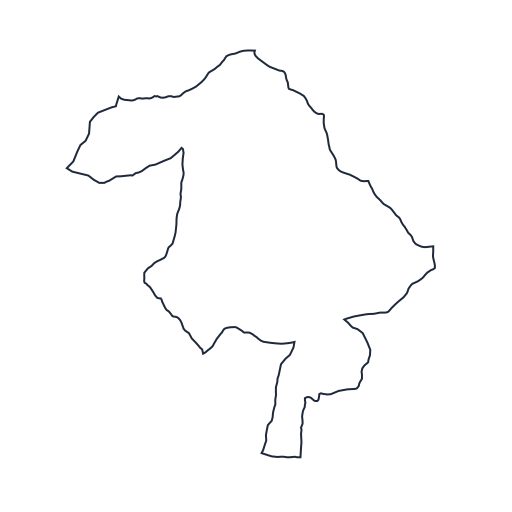 outline of Lungnyi, Paro, Bhutan, rotated 173°
{"feature_id": "84629894B57093636302105", "entity_name": "Lungnyi", "entity_type": "district", "adm_level": 2, "iso_a3": "BTN", "parent_name": "Bhutan", "parent_adm1": "Paro", "projection": "natural_earth1", "projection_center": [89.391, 27.38], "detail": "fine", "context": "isolated", "style": "outline", "palette": "slate", "viewbox_px": 512, "rotation_deg": 173, "n_neighbors": 0, "source": "geoboundaries", "source_scale": "gbopen_adm2", "svg_char_len": 6084}
<svg xmlns="http://www.w3.org/2000/svg" viewBox="0 0 512 512"><g transform="rotate(173 256 256)"><path d="M78.9,244.0L82.4,244.1L85.6,244.1L88.1,244.3L90.8,245.2L93.9,247.0L95.7,248.2L96.8,249.6L98.0,251.7L98.3,253.1L98.6,254.6L98.8,255.6L99.3,256.8L100.1,258.1L102.1,260.5L102.8,262.2L103.5,263.9L104.2,265.4L105.0,267.1L105.9,268.4L106.8,270.2L107.6,272.1L108.2,274.3L108.5,275.3L109.4,276.8L111.5,278.9L112.3,279.9L113.2,281.6L115.6,285.6L116.8,287.2L118.3,288.5L122.9,292.0L124.5,294.1L125.6,295.9L126.7,297.2L129.0,300.0L130.3,302.2L131.1,303.9L131.7,305.5L132.0,306.6L132.7,309.0L133.5,310.7L134.3,313.0L135.4,316.8L137.0,316.9L140.1,317.1L142.8,317.9L143.7,318.5L144.7,319.5L146.3,320.8L148.3,322.2L153.0,325.3L158.0,327.6L160.1,328.7L161.2,329.3L162.6,330.4L163.4,331.3L164.2,332.4L164.8,333.3L165.2,334.8L165.1,339.8L165.2,341.6L165.6,343.2L166.7,346.1L168.6,350.1L169.7,352.5L169.9,354.2L169.9,355.3L170.1,356.3L170.3,358.4L170.3,359.8L170.3,362.4L170.5,365.5L170.6,367.5L171.0,369.8L171.8,372.3L172.2,373.5L172.5,375.2L172.6,379.6L172.4,381.3L172.0,384.2L171.5,386.1L171.5,387.8L172.8,389.0L176.7,389.4L178.5,390.3L180.1,391.7L181.7,393.7L183.2,396.3L184.1,397.6L185.2,399.2L186.1,401.5L186.5,403.6L187.0,405.0L187.6,406.5L188.5,408.1L189.1,409.1L192.7,412.0L198.9,416.0L202.7,417.7L203.3,419.0L203.3,424.3L204.2,427.4L204.4,429.0L204.5,432.0L204.7,433.0L205.0,434.0L205.7,435.3L206.5,436.0L208.1,436.7L210.2,437.2L219.3,442.1L221.2,443.6L228.3,450.3L230.0,452.0L231.9,454.5L232.4,455.5L232.7,456.5L232.8,458.4L232.1,460.0L238.9,461.0L243.8,461.2L247.3,460.7L250.5,459.8L252.4,459.4L254.5,459.3L257.1,459.1L259.1,458.6L261.0,457.9L262.7,456.0L263.8,454.5L265.9,452.8L268.5,450.1L271.4,448.5L274.1,446.7L278.5,444.7L280.0,444.1L280.9,443.4L283.6,440.1L284.9,438.6L286.7,437.0L288.7,435.4L294.8,431.5L299.0,429.8L303.4,428.4L304.7,428.3L306.0,427.8L308.0,426.7L309.3,425.9L310.9,424.6L313.0,423.8L315.2,423.9L317.5,423.8L318.7,424.0L320.3,424.8L321.7,425.1L323.8,425.2L325.6,424.7L326.8,424.5L329.1,424.4L331.3,424.9L333.1,425.9L334.3,426.7L335.4,426.5L337.1,427.1L338.2,426.6L339.8,425.8L341.6,425.4L342.9,425.4L345.7,426.0L346.7,426.0L349.8,426.1L352.7,426.9L354.8,426.8L357.3,425.8L360.1,425.4L367.6,427.1L370.7,428.6L372.8,431.0L376.0,423.9L376.8,421.7L381.4,421.1L395.4,417.5L400.2,413.7L404.5,409.4L406.8,397.8L411.1,391.1L415.7,388.2L416.7,387.6L420.4,381.8L425.8,372.1L433.1,366.2L428.0,362.1L412.6,356.3L407.8,351.5L402.7,347.7L397.6,347.1L394.9,348.1L392.8,348.5L385.1,352.0L380.6,351.6L370.3,351.4L368.9,350.9L365.3,352.9L362.1,353.2L359.0,354.2L354.6,356.7L350.6,358.6L344.6,359.0L336.0,361.6L328.7,363.5L320.5,368.9L316.7,372.4L315.5,371.0L315.3,367.3L316.8,361.7L317.9,355.7L317.9,353.7L317.9,352.0L317.9,350.7L317.7,347.3L318.2,344.9L319.4,341.8L320.3,339.7L321.0,338.5L321.3,337.2L321.5,335.6L321.9,332.0L322.7,329.1L323.2,327.5L323.4,326.0L323.3,324.4L323.6,322.6L323.9,321.2L324.4,319.8L325.0,316.7L325.2,315.5L326.0,313.3L327.0,311.1L327.9,309.6L329.0,307.5L329.4,306.3L330.1,303.7L330.5,301.5L331.1,297.3L331.8,294.1L333.0,289.1L334.3,285.5L337.3,278.5L338.2,277.7L339.6,276.6L341.5,275.3L342.2,274.4L343.5,271.4L344.3,269.6L345.3,267.6L346.2,266.3L347.7,265.2L349.8,264.5L351.8,263.7L354.3,263.0L357.4,261.6L358.8,260.6L360.8,258.9L364.7,257.0L366.2,255.6L368.9,253.0L369.3,250.2L369.6,247.2L369.8,246.2L370.1,244.6L369.8,243.0L368.4,242.0L367.1,240.2L365.0,238.0L362.9,233.8L361.9,231.6L361.1,229.5L359.2,226.6L358.4,226.2L356.9,225.7L355.7,225.5L355.1,224.4L354.7,221.9L354.3,221.0L353.8,219.5L353.3,217.9L352.4,215.4L351.3,213.3L349.3,211.6L347.2,208.3L346.7,207.1L345.8,206.2L343.8,205.6L342.2,205.1L340.6,203.8L339.1,201.6L338.1,199.0L337.6,196.5L337.1,194.6L336.8,192.8L335.4,190.6L334.1,189.4L332.0,187.7L329.8,182.0L325.9,176.8L323.8,173.7L322.7,171.8L320.8,169.8L320.4,165.5L317.9,166.5L316.8,167.3L314.8,168.6L313.0,169.6L311.6,170.6L310.5,171.4L309.7,172.2L308.2,174.4L306.2,177.0L305.1,178.5L303.6,180.0L300.2,183.4L299.1,184.2L298.4,185.3L297.1,186.8L296.2,187.6L294.0,188.2L290.4,188.4L286.2,188.1L284.5,187.7L283.2,186.8L281.8,185.7L280.2,184.4L278.8,183.2L277.7,181.9L276.8,181.4L275.7,181.3L273.0,181.0L271.6,180.6L270.0,179.5L268.3,178.2L267.5,177.2L265.4,175.5L263.8,173.6L261.5,171.4L260.5,170.8L259.1,170.0L256.3,169.2L251.9,168.0L247.5,167.0L245.1,166.5L241.4,165.8L239.7,165.7L235.1,165.6L230.8,165.7L228.3,166.0L230.0,160.5L234.4,153.7L239.2,150.5L244.4,145.5L248.0,134.9L249.6,131.7L250.1,128.7L250.6,127.3L252.2,123.4L252.9,118.2L253.0,115.9L254.4,111.0L254.9,106.3L256.2,103.7L257.6,100.1L258.3,98.0L259.1,94.1L260.5,90.5L264.8,86.8L266.4,82.2L268.0,76.9L268.3,71.6L270.1,67.9L272.6,62.4L274.5,59.7L273.6,59.2L271.1,58.1L267.7,56.5L264.5,55.1L262.1,54.6L259.2,53.9L255.1,53.7L252.2,53.2L249.6,52.4L246.5,52.1L241.9,52.0L240.0,51.3L236.4,50.8L234.7,60.1L234.5,61.1L234.0,63.6L233.6,65.4L233.0,73.7L232.8,74.7L232.5,75.9L232.2,77.0L232.0,78.2L232.3,80.0L230.2,83.9L229.9,86.8L229.8,91.2L228.4,96.1L227.0,98.7L226.2,99.8L225.8,101.0L225.7,102.2L224.9,104.1L225.0,106.7L224.8,108.9L222.9,109.6L221.4,109.7L220.0,109.3L218.7,108.5L216.0,105.5L215.0,104.9L213.1,104.6L212.1,105.1L211.3,106.3L210.4,109.3L210.0,111.2L208.4,111.8L206.0,110.9L202.2,109.9L198.7,109.7L190.5,112.0L181.8,112.5L173.4,112.0L172.0,112.4L170.4,113.9L169.7,114.8L169.3,116.3L168.0,118.5L165.8,121.2L165.3,125.0L165.3,128.3L164.2,131.5L161.8,134.1L157.7,136.8L156.9,139.5L155.0,143.6L154.0,148.9L155.9,156.2L157.3,160.3L159.5,166.5L164.2,171.1L168.8,173.2L170.7,175.5L172.6,178.4L176.1,182.2L174.2,182.7L166.3,184.0L160.2,184.4L153.7,184.7L150.0,184.6L147.7,184.3L145.1,184.3L139.6,184.7L134.6,184.1L132.4,184.2L131.4,184.7L130.1,185.7L127.7,187.9L124.1,190.7L120.6,193.2L118.1,194.8L114.8,196.9L112.5,199.0L110.7,200.8L109.5,203.0L108.6,205.0L106.1,207.8L104.6,209.1L103.6,209.6L102.6,209.8L100.5,210.5L98.3,211.2L95.8,212.5L93.7,213.7L92.2,214.9L90.5,216.6L87.9,218.7L84.0,220.7L82.1,221.1L80.0,222.2L79.7,223.9L79.6,225.0L79.8,228.0L80.2,231.0L80.4,234.2L79.8,237.5L79.5,239.1L79.3,241.0L78.9,244.0Z" fill="none" stroke="#1e293b" stroke-width="2"/></g></svg>